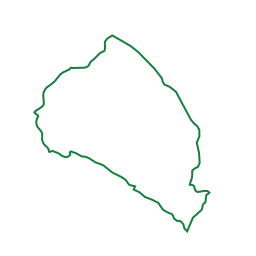 outline of Guidimaka, rotated 104°
{"feature_id": "MRT-2790", "entity_name": "Guidimaka", "entity_type": "Region", "adm_level": 1, "iso_a3": "MRT", "parent_name": "Mauritania", "parent_adm1": "", "projection": "albers", "projection_center": [-12.01, 15.395], "detail": "fine", "context": "isolated", "style": "outline", "palette": "green", "viewbox_px": 256, "rotation_deg": 104, "n_neighbors": 0, "source": "natural_earth", "source_scale": "10m", "svg_char_len": 1789}
<svg xmlns="http://www.w3.org/2000/svg" viewBox="0 0 256 256"><g transform="rotate(104 128 128)"><path d="M49.7,171.2L46.0,169.6L42.0,165.6L47.7,145.6L52.0,136.2L64.1,116.6L71.6,107.1L74.7,105.5L77.0,103.1L78.0,97.4L81.3,90.2L104.9,68.8L107.8,64.7L109.5,61.2L112.5,58.4L118.7,56.7L125.7,57.7L134.9,53.1L144.5,50.0L148.7,50.7L151.4,53.8L154.0,55.4L157.5,54.4L161.4,53.9L165.1,54.3L168.1,54.3L167.7,52.0L168.4,49.7L170.3,48.9L172.3,47.6L173.3,45.2L172.1,42.0L170.6,39.0L169.9,35.6L171.0,33.4L172.6,34.4L174.2,35.8L181.4,34.9L183.2,36.4L185.6,36.9L187.6,36.5L189.7,36.8L199.3,43.3L214.0,45.6L211.8,49.0L208.2,50.9L206.7,52.7L205.7,54.9L205.9,56.5L206.3,57.8L204.7,61.4L201.5,63.7L200.7,65.6L200.6,67.5L199.9,71.0L198.6,74.6L193.3,80.5L191.7,87.6L190.8,94.9L187.5,101.5L186.4,107.6L182.9,107.0L182.9,111.9L182.6,113.5L179.1,117.4L177.3,121.9L175.1,132.1L170.5,142.2L169.9,144.4L169.2,151.3L166.6,158.9L166.2,161.9L166.3,163.3L166.8,165.3L166.6,166.7L165.0,172.5L164.7,176.8L164.5,177.6L165.8,178.6L166.7,178.2L167.5,177.6L168.3,177.6L170.0,178.9L171.0,180.5L171.4,182.5L171.1,185.1L170.0,187.4L169.3,190.0L168.6,195.1L168.7,196.0L169.1,196.7L170.1,198.0L170.1,198.9L169.3,199.4L168.3,199.7L167.8,199.9L167.3,200.6L166.6,201.3L165.9,202.3L165.3,203.6L164.2,205.5L162.2,207.3L159.7,208.6L154.1,209.9L152.1,211.6L148.8,216.1L146.4,217.8L143.7,218.6L140.9,218.6L138.3,217.9L137.3,218.7L136.6,220.9L135.5,222.6L133.9,221.8L128.1,216.6L126.0,215.5L123.0,216.0L117.1,218.1L114.1,218.5L111.0,217.9L108.6,216.8L101.0,210.7L92.3,206.6L89.8,204.5L85.2,198.9L83.2,197.8L83.2,196.2L80.0,184.8L79.3,183.4L78.1,182.0L76.6,181.2L73.4,180.5L71.9,179.6L69.5,177.7L61.9,173.2L60.1,170.9L59.1,169.8L57.8,169.4L55.6,169.7L51.3,171.0L49.8,171.2L49.7,171.2Z" fill="none" stroke="#15803d" stroke-width="2"/></g></svg>